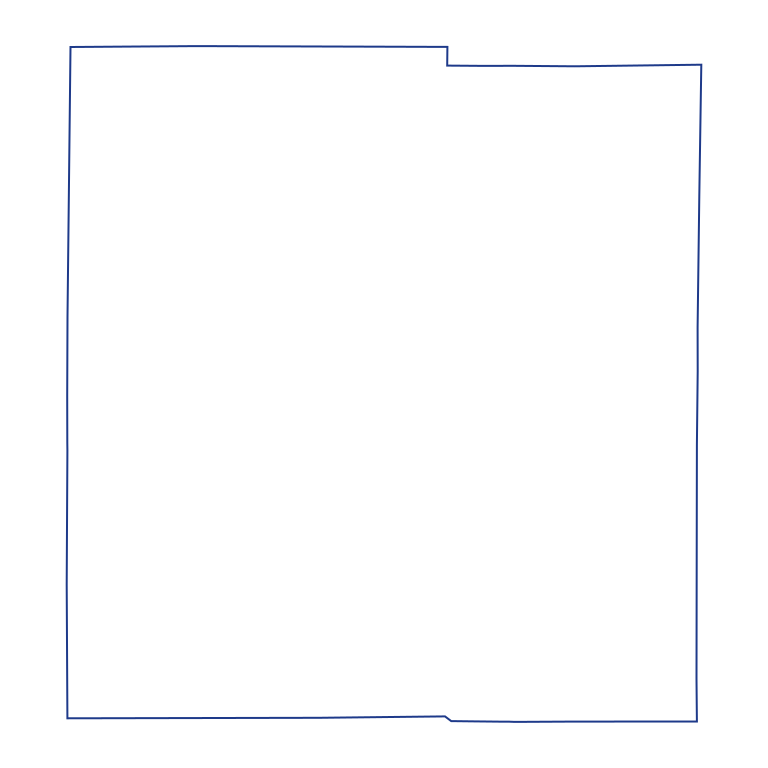 Dodge, Wisconsin, United States of America, rotated 270°
{"feature_id": "52423323B32671588728946", "entity_name": "Dodge", "entity_type": "district", "adm_level": 2, "iso_a3": "USA", "parent_name": "United States of America", "parent_adm1": "Wisconsin", "projection": "equal_earth", "projection_center": [-88.734, 43.414], "detail": "fine", "context": "isolated", "style": "outline", "palette": "blue", "viewbox_px": 768, "rotation_deg": 270, "n_neighbors": 0, "source": "geoboundaries", "source_scale": "gbopen_adm2", "svg_char_len": 519}
<svg xmlns="http://www.w3.org/2000/svg" viewBox="0 0 768 768"><g transform="rotate(270 384 384)"><path d="M572.3,699.3L703.3,701.3L701.7,574.9L702.2,512.0L702.1,485.7L702.4,447.2L721.1,447.4L721.9,196.6L721.0,70.5L451.4,67.5L451.1,67.5L372.0,67.2L325.1,67.3L317.3,67.4L183.6,66.7L49.7,67.4L50.2,319.1L51.6,445.0L46.9,451.2L46.6,476.3L46.3,504.7L46.3,509.7L46.1,514.8L46.4,570.7L46.5,696.9L89.3,696.5L323.3,696.9L396.7,697.7L440.7,697.6L572.2,699.3L572.3,699.3Z" fill="none" stroke="#1e3a8a" stroke-width="2"/></g></svg>